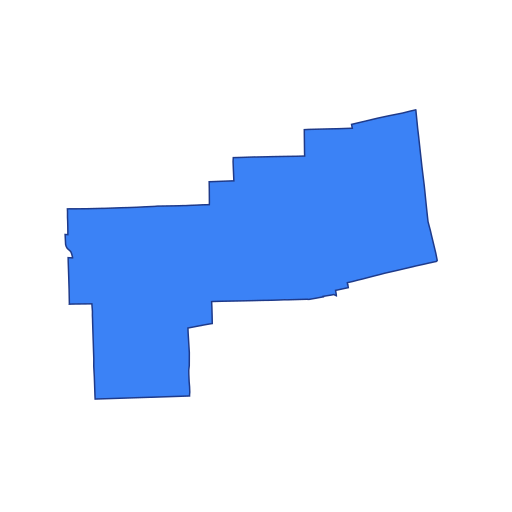 the district of Dobrotesti, Dolj, Romania, rotated 70°
{"feature_id": "2599482B78456281149056", "entity_name": "Dobrotesti", "entity_type": "district", "adm_level": 2, "iso_a3": "ROU", "parent_name": "Romania", "parent_adm1": "Dolj", "projection": "mercator", "projection_center": [24.124, 43.959], "detail": "fine", "context": "isolated", "style": "filled", "palette": "blue", "viewbox_px": 512, "rotation_deg": 70, "n_neighbors": 0, "source": "geoboundaries", "source_scale": "gbopen_adm2", "svg_char_len": 2511}
<svg xmlns="http://www.w3.org/2000/svg" viewBox="0 0 512 512"><g transform="rotate(70 256 256)"><path d="M314.9,221.1L316.0,215.0L317.3,207.2L317.4,206.8L316.9,206.8L317.5,203.4L318.5,198.3L318.8,196.1L320.8,194.1L320.2,193.9L318.8,193.6L317.7,193.4L317.3,193.3L316.6,193.2L315.5,193.0L315.8,191.1L316.4,186.6L317.3,180.1L314.3,179.5L314.2,179.7L313.3,179.5L312.3,179.3L313.0,173.9L313.5,168.3L314.0,164.2L314.3,160.9L315.0,153.4L315.4,149.4L315.7,146.6L316.2,140.9L317.7,129.1L320.1,108.6L321.1,101.3L321.4,98.9L321.7,96.3L322.2,92.9L322.3,91.8L322.4,91.3L322.4,91.1L322.6,89.8L322.8,88.6L322.7,88.0L322.5,87.7L322.3,87.6L322.2,87.5L322.0,87.4L322.0,87.2L314.9,86.1L305.2,85.0L296.3,84.0L291.4,83.4L286.8,83.0L282.5,82.6L273.1,80.3L262.7,77.7L252.9,75.2L247.3,73.8L228.7,69.5L211.5,65.3L199.3,62.3L191.6,60.5L173.6,55.9L173.3,55.9L173.0,58.3L172.6,61.4L171.8,69.4L169.7,82.9L168.1,94.4L166.0,112.6L165.0,121.2L168.9,121.8L168.4,123.2L164.6,134.9L160.6,146.7L155.2,162.8L153.8,167.4L158.0,168.9L174.8,174.8L178.7,176.1L176.2,183.6L172.4,194.5L168.2,206.7L166.7,211.2L163.2,221.5L162.3,223.9L158.4,235.9L155.8,243.7L159.3,245.2L165.5,247.2L177.8,251.1L176.8,254.1L170.6,273.4L170.2,274.6L176.6,276.8L189.8,281.5L191.8,282.3L189.6,288.8L187.7,295.0L186.0,300.2L184.7,304.5L183.9,306.7L182.6,310.7L181.5,314.0L175.4,331.6L174.7,334.3L171.5,344.5L169.6,350.8L166.6,360.1L165.0,364.8L159.3,382.4L158.5,384.6L153.8,398.6L149.4,411.0L147.8,415.3L147.6,416.0L147.2,417.1L150.0,418.0L155.2,419.9L159.0,421.1L164.0,422.8L168.6,424.4L171.6,425.5L170.5,428.0L177.2,430.1L179.8,430.9L180.3,431.0L182.2,431.1L184.1,430.8L185.0,430.4L186.3,429.7L187.3,429.1L189.1,428.5L191.2,428.5L194.4,428.8L195.0,429.0L194.8,429.6L193.3,433.1L197.1,434.4L212.1,439.3L223.9,443.2L237.0,447.7L237.4,447.9L238.3,445.1L244.8,426.6L247.7,427.4L252.3,428.7L256.0,430.1L259.5,431.2L262.7,432.3L268.8,434.3L277.3,437.1L280.7,438.2L289.5,441.1L297.2,443.6L303.9,446.1L314.4,449.3L332.2,455.1L335.4,456.1L364.8,366.3L363.9,366.0L361.3,364.8L356.0,363.1L351.2,361.8L344.2,359.6L340.2,358.2L336.2,356.2L324.0,351.7L315.2,349.1L305.1,346.1L300.4,344.6L302.9,329.0L304.0,322.7L304.5,320.2L297.5,317.8L288.8,314.9L283.7,313.3L284.0,312.1L285.0,309.1L287.1,302.8L290.4,293.2L291.6,289.7L293.0,285.6L294.5,281.2L295.4,278.5L296.4,275.6L297.7,271.7L298.9,268.1L300.6,263.1L301.3,261.2L301.8,259.7L303.1,255.9L305.0,250.1L306.9,244.1L307.8,241.8L314.2,222.5L314.5,222.2L314.8,221.3L314.9,221.1Z" fill="#3b82f6" stroke="#1e3a8a" stroke-width="1.5"/></g></svg>